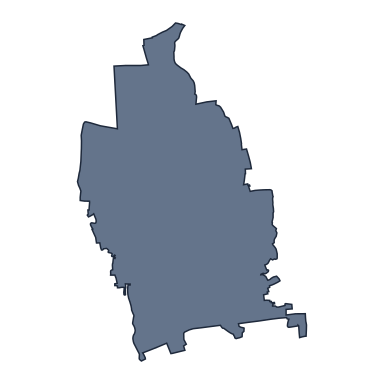 outline of Victoria, Brasov, Romania
{"feature_id": "2599482B67973869892662", "entity_name": "Victoria", "entity_type": "district", "adm_level": 2, "iso_a3": "ROU", "parent_name": "Romania", "parent_adm1": "Brasov", "projection": "orthographic", "projection_center": [24.701, 45.731], "detail": "fine", "context": "isolated", "style": "filled", "palette": "slate", "viewbox_px": 384, "rotation_deg": 0, "n_neighbors": 0, "source": "geoboundaries", "source_scale": "gbopen_adm2", "svg_char_len": 5296}
<svg xmlns="http://www.w3.org/2000/svg" viewBox="0 0 384 384"><path d="M177.9,23.4L175.5,23.0L172.1,26.5L166.4,30.5L162.5,32.1L157.7,34.6L156.3,35.6L152.2,37.1L152.3,37.8L143.8,39.5L144.0,45.4L142.9,45.7L144.1,49.8L146.4,58.0L148.1,63.4L148.4,64.8L140.8,65.5L125.4,65.5L114.0,66.1L117.4,128.8L100.4,125.8L90.6,122.9L85.9,121.8L84.6,122.1L83.4,124.1L82.4,129.0L81.2,135.3L81.5,140.9L81.4,148.4L80.9,161.2L79.9,170.4L79.1,173.5L78.3,178.3L77.5,181.6L78.5,185.3L79.9,188.3L80.9,191.1L80.6,193.5L80.2,197.3L80.2,200.5L84.4,201.1L89.5,201.2L89.6,202.4L89.0,210.0L87.9,210.0L88.2,214.1L87.3,215.1L88.5,216.9L90.0,216.2L92.5,214.8L93.7,213.8L95.9,219.2L96.2,221.0L95.9,222.6L95.6,223.1L94.4,223.3L92.9,223.0L91.7,222.8L91.0,223.1L90.5,223.7L90.5,224.8L91.4,226.7L92.8,229.0L92.0,229.3L94.5,234.9L95.7,237.5L96.1,240.4L96.5,243.0L99.8,242.9L100.7,247.8L101.5,250.0L102.5,250.0L103.1,249.5L103.5,248.8L104.6,248.7L106.4,248.4L107.1,248.8L108.5,250.1L108.7,250.7L108.4,251.5L108.1,252.0L108.5,252.5L109.9,252.8L111.1,253.1L112.0,253.6L112.0,254.7L111.6,255.6L111.7,256.2L112.2,256.6L112.6,256.6L113.1,256.5L113.7,256.1L114.5,255.1L115.1,255.4L114.5,256.3L114.6,257.0L115.3,257.8L114.9,258.5L113.8,257.8L113.4,258.1L113.2,259.7L112.8,263.3L112.5,263.8L112.4,265.4L112.6,268.4L112.7,269.7L111.5,270.1L110.8,270.7L110.6,271.4L110.7,273.9L110.6,275.1L114.9,275.1L115.4,276.5L116.1,278.3L116.4,279.7L116.9,282.1L117.2,283.3L114.8,283.8L114.8,285.6L116.0,285.6L116.9,285.9L117.5,286.0L117.5,287.8L118.6,287.8L119.8,287.7L121.1,287.4L122.2,287.3L124.3,287.4L123.8,292.3L124.0,294.6L124.4,295.0L125.1,295.0L125.5,294.7L125.3,289.9L125.4,289.1L125.7,287.9L125.8,287.4L125.4,283.9L130.2,284.1L130.1,285.0L128.1,284.9L127.8,286.9L127.6,290.6L127.9,294.5L128.6,298.1L130.0,302.2L131.0,305.7L131.5,308.4L131.6,310.0L133.0,313.5L133.4,314.3L133.8,315.1L133.9,316.0L133.5,317.7L133.1,320.2L132.9,321.4L132.6,323.2L132.8,324.0L133.9,325.9L134.6,327.5L135.0,329.1L135.2,330.6L134.9,332.4L134.3,334.0L133.5,335.2L133.0,337.1L132.9,338.9L133.4,341.8L134.0,343.6L135.0,345.5L137.7,350.8L139.0,353.3L139.4,354.3L139.2,358.4L139.3,359.0L139.6,359.5L140.6,360.4L141.4,361.0L145.4,359.0L145.2,357.7L144.1,355.3L143.2,353.6L142.7,352.9L149.9,350.1L157.4,347.1L166.7,343.2L170.9,353.6L172.3,353.4L184.9,350.3L183.6,346.0L186.3,344.2L183.9,339.6L183.8,337.5L183.8,336.2L183.7,333.3L184.6,332.1L189.2,329.9L193.2,328.7L201.7,327.7L211.8,326.4L220.4,325.3L221.6,327.1L222.2,327.8L222.7,328.2L224.0,328.4L225.1,329.3L228.6,331.8L230.5,333.0L231.6,333.6L233.4,334.3L233.7,335.3L234.4,336.3L234.7,337.0L234.8,337.8L235.4,338.3L236.1,338.6L237.5,338.2L239.7,337.7L242.1,336.7L242.3,332.8L243.9,331.4L244.1,328.3L244.0,328.0L242.4,327.6L240.6,327.2L239.0,326.2L238.5,323.7L247.0,322.5L258.9,321.0L271.0,319.2L279.2,318.2L286.6,317.6L287.2,318.9L288.9,319.2L288.3,320.7L287.7,323.2L287.5,324.7L287.4,326.0L287.7,326.5L288.1,327.1L288.9,327.3L291.2,327.0L298.0,325.9L298.0,325.2L298.7,325.8L299.2,333.3L299.6,337.6L302.0,336.9L304.8,336.3L306.1,336.2L306.4,329.3L306.5,325.0L306.1,322.7L305.8,321.3L305.5,317.5L305.3,313.7L295.5,313.8L286.1,315.0L286.1,309.4L292.2,308.9L291.8,304.4L285.7,303.6L285.0,304.0L285.0,305.5L278.5,307.1L276.9,307.1L275.2,306.0L272.6,306.1L272.6,305.4L272.9,305.2L272.8,304.0L274.6,303.8L274.4,302.5L271.3,302.7L271.3,301.5L269.8,301.5L269.7,300.4L266.4,300.2L264.3,300.4L263.6,294.8L267.8,293.8L267.2,292.1L268.8,291.6L267.7,288.3L269.7,287.3L269.5,285.7L271.9,285.0L274.2,284.0L277.8,282.2L280.0,280.8L279.1,278.9L276.6,276.2L273.4,277.0L271.1,278.4L270.2,279.3L268.9,279.9L267.9,280.3L267.6,280.0L265.8,276.5L264.4,275.6L263.2,274.8L262.1,274.6L260.8,274.8L260.9,274.3L263.1,273.3L265.0,273.8L266.3,273.2L268.2,271.7L268.5,270.9L268.5,270.3L268.0,269.9L267.2,269.8L266.7,269.9L265.2,266.2L264.8,265.0L266.7,264.3L268.1,263.1L269.6,260.2L270.6,258.8L272.6,259.9L274.4,259.0L275.4,259.3L276.8,258.9L277.2,258.1L277.2,253.8L276.1,249.1L275.1,247.5L272.7,244.5L272.5,243.8L274.2,242.7L274.1,240.6L274.5,239.0L276.2,236.3L276.9,232.9L275.8,230.6L276.4,228.6L275.4,227.7L273.4,226.0L272.2,224.7L272.3,223.3L272.4,222.7L272.0,222.2L272.4,220.5L273.1,217.5L273.1,213.0L273.6,211.8L273.4,208.4L272.8,204.6L272.9,202.6L272.6,199.4L272.7,197.6L273.1,196.8L273.0,196.1L272.7,195.8L272.6,194.6L272.2,192.5L272.0,190.8L270.9,189.9L269.6,189.7L264.5,189.8L260.3,190.0L255.1,190.4L250.2,191.4L248.6,186.4L249.9,186.0L249.5,185.0L248.0,185.3L247.7,183.9L243.6,184.7L244.3,180.6L245.1,173.8L245.5,173.7L245.4,171.2L245.3,169.1L251.4,168.7L250.3,162.6L248.6,156.2L246.5,149.0L242.0,149.7L241.4,144.5L241.5,143.6L240.7,138.3L239.5,132.3L237.8,126.5L236.1,127.1L234.3,128.2L232.9,128.4L231.5,124.5L228.9,118.3L227.3,117.4L226.2,117.0L224.9,116.1L224.6,115.2L223.6,112.1L220.6,107.2L219.4,106.1L218.6,105.7L217.3,105.4L215.8,104.7L216.1,100.8L206.7,101.9L195.9,104.2L196.6,97.0L196.4,95.5L195.7,94.4L194.7,94.0L195.2,91.8L194.7,85.5L194.2,83.0L193.3,81.0L190.8,78.1L188.7,74.0L186.9,72.1L183.9,69.7L180.9,67.9L177.3,65.2L175.5,63.5L174.8,62.2L174.3,60.6L174.0,58.8L174.0,56.6L173.8,51.9L174.4,50.9L174.6,49.4L174.9,45.9L174.8,44.2L174.6,42.9L175.1,41.6L175.7,41.0L177.4,39.5L178.6,38.4L179.2,36.8L180.0,33.8L180.7,32.0L182.7,28.3L184.8,25.5L181.6,24.1L181.4,24.5L177.9,23.4Z" fill="#64748b" stroke="#1e293b" stroke-width="1.5"/></svg>